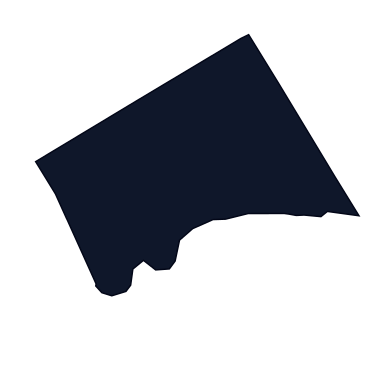 Morgan, Alabama, United States of America (Mercator projection), rotated 148°
{"feature_id": "52423323B17424718364121", "entity_name": "Morgan", "entity_type": "district", "adm_level": 2, "iso_a3": "USA", "parent_name": "United States of America", "parent_adm1": "Alabama", "projection": "mercator", "projection_center": [-86.8, 34.495], "detail": "fine", "context": "isolated", "style": "filled", "palette": "ink", "viewbox_px": 384, "rotation_deg": 148, "n_neighbors": 0, "source": "geoboundaries", "source_scale": "gbopen_adm2", "svg_char_len": 594}
<svg xmlns="http://www.w3.org/2000/svg" viewBox="0 0 384 384"><g transform="rotate(148 192 192)"><path d="M308.5,300.6L308.6,285.2L308.8,262.8L312.4,236.1L312.5,234.9L322.0,164.9L323.4,163.3L321.8,154.4L315.0,146.5L300.7,142.7L293.4,145.5L283.0,158.0L269.4,159.8L264.1,145.2L252.0,138.8L242.9,142.4L228.1,157.8L210.8,160.6L188.8,157.5L177.9,151.2L155.8,144.0L125.1,124.9L121.5,121.9L116.0,116.9L109.2,113.1L95.7,102.8L87.5,103.8L63.0,83.4L62.7,129.3L62.4,147.1L61.0,237.4L60.6,295.4L69.1,296.3L188.0,298.6L199.3,298.8L308.5,300.6Z" fill="#0f172a" stroke="#020617" stroke-width="1.5"/></g></svg>